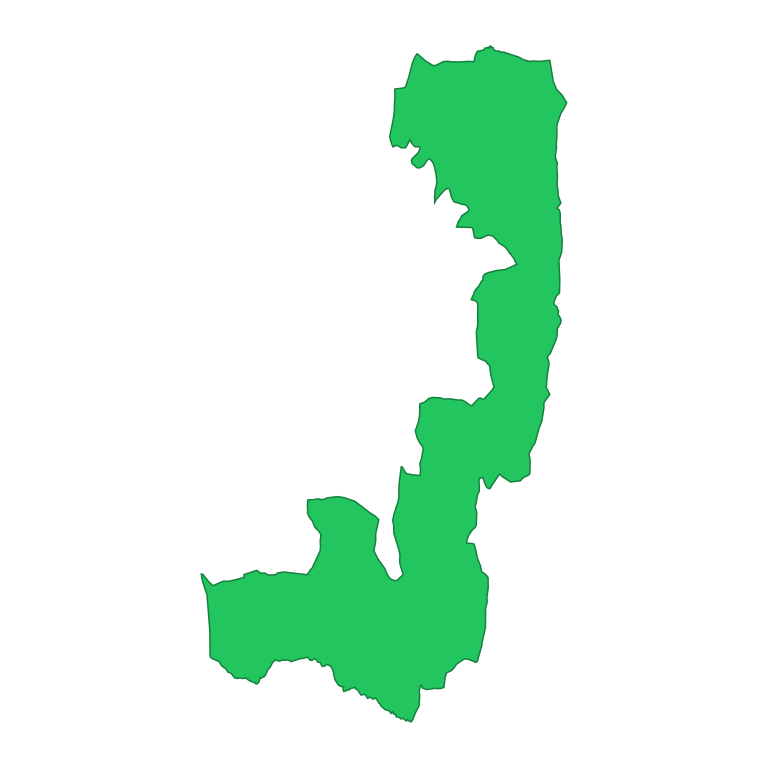 the district of Chamwino, Dodoma, United Republic of Tanzania
{"feature_id": "72390352B28140161055022", "entity_name": "Chamwino", "entity_type": "district", "adm_level": 2, "iso_a3": "TZA", "parent_name": "United Republic of Tanzania", "parent_adm1": "Dodoma", "projection": "equal_earth", "projection_center": [35.821, -6.232], "detail": "fine", "context": "isolated", "style": "filled", "palette": "green", "viewbox_px": 768, "rotation_deg": 0, "n_neighbors": 0, "source": "geoboundaries", "source_scale": "gbopen_adm2", "svg_char_len": 6081}
<svg xmlns="http://www.w3.org/2000/svg" viewBox="0 0 768 768"><path d="M456.5,227.1L472.0,227.5L472.7,228.2L474.6,237.7L477.9,238.3L480.9,238.3L487.8,235.2L491.8,235.7L493.6,236.7L498.1,241.5L498.9,243.1L505.2,247.0L508.3,251.0L509.7,253.5L510.9,253.8L511.5,255.4L514.4,259.1L514.8,261.2L516.9,264.2L505.4,269.5L496.9,270.5L488.0,272.7L485.4,273.8L484.0,274.9L483.1,276.6L482.8,280.1L481.4,281.3L478.6,286.5L476.6,288.4L474.5,291.5L474.0,292.5L474.3,293.7L473.1,295.3L471.2,299.6L475.2,300.8L476.8,302.0L477.8,303.9L477.7,325.3L476.3,332.2L477.8,356.7L478.2,357.9L485.7,361.3L488.0,364.2L489.5,365.3L490.9,375.2L493.9,387.0L492.1,390.0L483.9,399.2L481.6,398.9L480.2,397.9L479.3,398.2L478.3,398.8L471.7,405.8L469.8,405.0L464.6,401.3L461.9,400.0L457.4,400.0L450.7,398.9L444.1,399.0L439.8,397.8L432.8,397.5L428.9,398.4L424.8,402.0L419.8,403.9L419.7,413.6L419.0,418.8L418.4,421.9L415.3,431.0L417.4,438.4L419.6,442.6L423.3,448.0L421.5,458.9L419.8,463.6L420.5,468.1L420.2,475.4L413.2,474.9L406.9,473.8L405.2,472.2L402.5,467.2L401.3,466.8L399.2,483.0L398.8,492.9L399.0,496.9L398.1,501.4L394.2,513.5L392.7,520.4L393.7,525.6L393.9,533.5L399.0,550.2L400.0,555.4L399.6,560.9L399.9,563.7L403.0,573.9L402.8,574.9L397.5,580.0L396.2,580.7L393.1,580.2L390.2,578.7L387.2,574.5L384.9,568.8L377.8,558.6L374.7,552.5L374.0,550.2L375.7,541.0L375.7,533.6L378.8,519.7L375.1,516.0L370.1,512.9L354.6,501.1L343.8,497.6L337.5,496.6L327.1,497.9L323.7,499.5L320.5,499.5L318.1,498.8L312.6,499.8L308.1,499.8L307.7,500.9L307.4,504.7L307.7,509.3L307.5,512.6L307.9,514.2L310.0,518.2L312.2,520.7L315.0,527.4L318.7,531.1L320.4,533.7L320.8,534.9L320.8,536.7L320.2,541.0L320.5,546.1L320.2,550.7L312.1,568.1L310.7,569.5L307.2,574.7L284.1,572.0L277.5,573.0L276.6,574.0L274.6,574.9L268.2,575.0L264.9,573.1L260.7,573.2L256.9,570.3L243.9,574.6L244.3,577.1L237.9,579.2L229.1,581.2L223.2,581.2L213.4,585.5L212.5,585.2L209.4,582.5L202.7,574.2L201.3,574.1L202.5,581.2L207.0,594.8L209.8,630.5L210.1,656.3L211.3,658.1L218.7,661.5L219.5,662.2L221.6,665.8L226.1,669.1L227.9,672.1L231.2,673.3L234.3,677.5L235.2,678.1L237.9,678.5L240.0,677.8L242.2,678.5L245.9,678.1L249.3,680.7L254.9,682.9L256.2,684.1L257.9,683.3L258.8,682.0L259.6,680.1L259.8,677.8L261.7,678.1L262.5,677.1L263.7,677.0L265.6,675.0L265.9,673.6L267.1,671.7L267.2,670.6L270.1,667.3L272.3,663.0L274.5,660.5L276.6,660.3L279.6,661.2L281.8,660.2L288.5,660.1L290.9,661.5L291.8,661.5L300.4,658.6L303.5,658.4L306.6,657.3L307.7,657.3L309.8,660.0L310.8,660.4L312.0,660.4L314.0,658.9L315.2,658.9L316.6,660.0L317.6,662.1L319.6,662.3L320.3,662.9L322.1,666.4L324.0,666.3L327.2,664.5L330.2,665.8L331.7,667.8L333.1,671.0L334.6,678.4L335.4,680.5L338.7,685.4L341.3,686.7L343.1,686.6L343.5,687.1L342.9,689.0L343.7,691.3L345.4,691.2L347.2,689.7L348.4,690.2L351.2,688.2L353.5,688.0L355.2,687.3L355.8,689.0L357.7,689.9L360.9,695.0L364.6,694.5L365.6,694.8L366.8,697.5L367.7,698.3L369.8,697.4L371.4,697.9L373.0,699.2L375.4,698.0L377.2,700.1L378.6,702.8L380.2,704.2L380.8,705.9L385.2,709.7L389.1,710.8L391.2,713.5L391.8,713.3L392.4,711.7L393.1,711.9L394.0,714.3L395.9,714.3L396.0,716.3L396.4,717.0L398.1,716.7L401.1,719.0L403.1,718.3L406.1,720.9L407.2,719.5L408.3,720.9L409.7,720.8L410.8,721.9L411.3,721.8L413.2,718.7L415.1,713.5L419.1,705.8L419.7,695.8L419.2,692.0L419.4,690.0L420.4,686.3L421.1,685.1L421.9,686.1L422.4,688.0L426.7,689.6L435.0,688.3L438.3,688.7L441.7,688.3L443.9,687.3L445.3,676.5L446.6,672.8L451.7,670.4L454.4,667.4L455.8,665.0L458.6,662.7L463.9,659.2L465.6,658.9L468.9,659.4L475.9,662.4L477.3,661.4L481.8,645.6L482.0,642.9L485.5,627.3L485.6,608.2L487.3,601.6L486.9,597.5L488.2,587.9L488.1,577.9L487.5,576.6L485.3,574.2L481.7,571.7L480.2,565.0L477.6,558.8L475.2,547.6L473.8,543.9L469.3,543.2L466.8,543.4L466.7,541.6L467.8,537.3L469.0,534.8L472.6,529.7L475.5,527.1L476.3,524.8L476.7,512.3L475.0,506.3L476.1,503.4L477.5,494.7L479.2,491.6L479.4,485.5L479.0,482.7L479.1,480.1L479.9,478.2L482.9,477.6L484.8,483.4L486.4,486.6L487.6,488.0L489.7,488.8L499.5,474.0L502.0,476.4L510.5,482.0L519.7,480.9L520.6,480.6L523.3,477.6L528.4,475.2L529.3,474.3L529.9,473.1L530.1,462.8L530.0,458.8L529.2,455.4L529.2,453.4L532.7,446.4L535.0,443.1L539.1,428.2L541.7,421.6L543.9,408.0L543.9,402.5L549.8,394.5L546.0,386.7L546.4,385.8L547.2,375.9L548.9,365.2L549.0,362.4L547.3,357.2L550.6,352.7L556.3,339.1L557.1,335.4L557.3,328.5L558.4,327.2L559.5,324.8L560.3,324.0L561.2,320.2L559.2,315.8L558.0,315.1L558.6,310.6L557.7,309.8L557.2,307.2L554.2,304.5L553.9,301.9L556.5,295.9L559.5,292.9L559.8,279.9L558.9,260.4L561.4,252.9L561.9,248.3L562.2,240.1L561.2,232.5L560.7,224.6L560.2,222.8L560.3,213.6L559.3,209.9L556.9,208.2L560.9,203.1L558.2,195.6L558.0,189.6L557.4,187.7L557.1,184.1L557.5,175.3L556.8,167.9L557.3,163.0L555.2,156.9L556.4,148.4L556.3,142.4L556.8,138.2L556.9,125.1L560.9,113.2L563.5,109.3L566.7,102.7L562.0,95.0L556.6,89.4L553.2,81.3L549.8,60.3L539.6,61.4L533.4,61.0L529.5,61.4L523.2,59.6L518.9,57.2L503.9,52.2L500.4,52.0L498.7,50.9L497.3,51.3L495.5,50.8L493.7,49.5L493.0,48.4L493.1,47.8L491.0,46.6L490.8,47.1L490.4,46.1L489.7,47.0L489.1,46.8L488.4,48.1L487.4,47.6L485.1,48.1L483.9,49.6L482.2,50.5L477.4,51.2L475.7,54.4L473.9,61.5L472.7,61.8L469.8,61.3L458.5,62.0L450.9,61.8L447.6,61.2L443.2,61.7L437.1,64.8L434.9,65.6L433.6,65.5L431.9,64.9L425.4,60.8L417.7,54.1L416.9,53.9L415.0,57.0L412.4,62.9L408.7,77.4L405.5,87.0L402.8,88.1L395.0,89.0L394.7,91.2L395.0,96.7L394.5,101.9L394.4,110.1L393.4,118.5L389.7,136.7L390.6,140.8L392.9,146.9L397.1,145.2L401.3,147.8L405.4,147.8L406.1,147.1L409.9,139.6L411.7,143.1L414.3,146.3L415.2,146.8L418.9,146.7L420.1,148.2L419.1,151.2L417.6,153.3L412.1,158.8L411.4,160.7L412.1,163.6L416.9,167.7L418.7,168.0L420.6,167.5L423.6,165.6L427.0,160.5L428.5,159.2L429.6,158.9L432.2,161.5L433.6,164.1L434.7,167.6L435.9,173.3L436.8,180.8L436.7,184.3L435.1,190.0L434.6,197.4L434.7,202.5L436.4,199.3L444.2,190.5L446.7,188.6L448.9,188.6L449.6,189.4L451.4,197.0L453.5,201.0L454.7,202.2L458.8,203.1L461.5,204.3L464.4,204.4L466.8,205.8L468.8,209.1L468.7,210.5L467.6,211.8L461.7,215.8L460.5,218.7L458.4,221.5L456.5,227.1Z" fill="#22c55e" stroke="#15803d" stroke-width="1.5"/></svg>